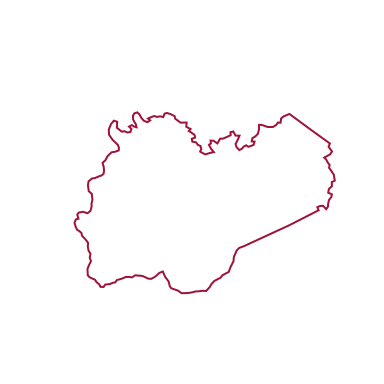 Rebouças, Paraná, Brazil (orthographic projection), rotated 136°
{"feature_id": "56859067B68448641599396", "entity_name": "Rebouças", "entity_type": "district", "adm_level": 2, "iso_a3": "BRA", "parent_name": "Brazil", "parent_adm1": "Paraná", "projection": "orthographic", "projection_center": [-50.618, -25.669], "detail": "fine", "context": "isolated", "style": "outline", "palette": "rose", "viewbox_px": 384, "rotation_deg": 136, "n_neighbors": 0, "source": "geoboundaries", "source_scale": "gbopen_adm2", "svg_char_len": 2905}
<svg xmlns="http://www.w3.org/2000/svg" viewBox="0 0 384 384"><g transform="rotate(136 192 192)"><path d="M192.2,116.9L184.3,114.2L145.7,100.7L113.6,90.9L112.4,94.0L109.4,92.9L107.3,90.9L107.4,86.4L104.3,87.1L102.5,88.7L99.1,91.1L95.2,91.6L93.0,93.2L94.5,96.9L91.4,99.1L87.3,99.0L84.6,102.0L81.4,101.0L78.0,105.9L77.1,110.6L76.6,114.2L74.2,115.9L73.9,118.8L72.9,122.3L73.0,124.9L66.4,123.1L63.1,123.9L62.3,129.7L59.1,131.1L63.2,153.8L67.7,180.5L70.9,181.7L74.0,182.8L76.8,183.0L80.2,180.3L82.0,182.3L84.8,181.7L88.7,182.6L92.3,186.1L95.4,192.1L97.2,193.8L99.8,190.9L104.1,188.1L108.0,188.0L111.1,188.8L113.9,186.9L112.0,184.8L115.0,183.1L118.0,184.4L120.1,185.4L120.6,188.0L123.4,188.8L125.9,188.4L128.8,189.3L128.8,193.4L127.3,196.3L124.0,197.3L118.7,199.5L121.5,202.3L120.3,206.9L122.8,208.3L124.7,206.0L128.2,207.2L132.5,208.8L134.8,210.8L140.0,209.3L140.9,213.9L142.9,216.1L144.7,213.8L147.0,214.2L148.3,209.8L148.6,205.5L150.9,207.0L153.9,208.6L156.2,209.7L157.2,212.3L158.1,215.4L155.5,216.4L153.9,219.2L155.1,221.8L154.6,224.9L156.8,228.0L155.2,230.4L151.9,229.0L150.5,231.4L151.3,235.6L151.9,238.1L149.3,238.3L150.8,242.9L147.6,245.7L152.1,249.9L152.7,253.8L153.2,256.3L151.8,258.6L153.3,262.9L155.1,266.2L157.2,267.4L160.6,265.9L162.4,268.6L165.0,270.3L166.3,272.8L168.6,273.9L172.6,275.4L172.3,272.6L175.6,273.2L177.1,276.6L177.0,280.4L175.9,284.3L176.1,287.3L178.8,288.6L181.5,287.9L183.8,285.3L184.8,282.5L185.2,280.0L186.9,277.1L188.2,279.2L188.8,281.9L191.9,282.8L191.8,279.4L194.7,278.0L197.1,279.7L198.5,282.9L200.6,284.1L201.4,290.4L197.0,294.5L198.7,297.6L203.1,297.1L208.4,294.8L211.9,290.8L212.9,284.6L212.6,277.5L213.8,274.6L215.9,272.8L219.4,274.4L222.2,276.4L227.7,276.5L232.2,275.0L236.1,275.1L238.1,271.4L240.3,268.6L243.0,266.5L245.5,266.7L248.3,268.0L252.0,269.4L254.6,271.2L259.0,271.5L262.1,269.2L265.7,264.3L265.4,260.2L269.1,255.5L272.3,253.5L274.4,251.2L278.1,249.0L281.9,249.3L284.2,253.5L287.8,255.9L290.3,255.4L292.2,251.7L294.6,252.9L297.8,251.6L299.9,247.7L300.9,244.6L300.2,242.1L300.0,239.3L301.5,236.9L301.5,234.1L301.7,230.2L302.1,227.5L304.8,225.2L307.1,221.8L308.0,218.0L311.1,215.9L312.7,212.4L316.8,211.0L320.7,209.2L322.9,206.7L324.8,204.5L324.9,201.9L323.8,198.9L322.7,196.2L323.3,193.6L322.9,190.2L323.7,187.3L321.5,185.1L318.7,185.7L315.0,182.8L312.0,181.7L309.9,180.3L307.1,180.8L302.7,178.4L298.5,176.8L296.1,174.4L294.5,172.3L290.7,171.5L288.0,168.4L286.0,166.1L283.6,160.0L281.7,157.9L278.4,156.9L275.8,156.6L271.8,156.5L268.2,155.1L270.2,149.8L271.0,143.8L273.3,139.9L273.8,137.2L272.2,134.0L270.6,130.9L269.8,126.4L267.8,124.6L265.0,122.1L261.5,119.6L258.5,118.0L255.7,115.5L253.1,113.7L250.6,111.0L245.3,111.3L242.2,112.2L237.9,112.5L235.6,111.9L230.9,110.5L228.0,111.0L223.5,109.7L221.0,109.0L217.0,111.0L214.0,112.1L210.4,113.3L206.7,116.4L204.4,117.2L200.6,118.9L196.9,119.0L192.2,116.9Z" fill="none" stroke="#9f1239" stroke-width="2"/></g></svg>